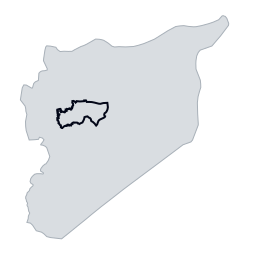 location of As-Salamiyeh, Hamah, Syria, rotated 357°
{"feature_id": "27442178B43082534172912", "entity_name": "As-Salamiyeh", "entity_type": "district", "adm_level": 2, "iso_a3": "SYR", "parent_name": "Syria", "parent_adm1": "Hamah", "projection": "equal_earth", "projection_center": [37.215, 35.173], "detail": "fine", "context": "in_parent", "style": "outline", "palette": "ink", "viewbox_px": 256, "rotation_deg": 357, "n_neighbors": 0, "source": "geoboundaries", "source_scale": "gbopen_adm2", "svg_char_len": 5750}
<svg xmlns="http://www.w3.org/2000/svg" viewBox="0 0 256 256"><g transform="rotate(357 128 128)"><path d="M26.2,79.5L28.7,79.8L33.8,83.1L34.7,83.0L36.2,78.6L37.8,77.1L41.0,75.8L41.9,68.6L43.4,67.2L45.2,66.5L47.9,66.4L50.3,65.9L50.5,64.7L47.1,56.4L47.4,54.3L49.1,46.0L50.1,42.8L51.1,41.7L54.9,42.2L60.2,43.6L61.6,46.0L64.2,48.1L68.1,48.0L72.6,48.4L76.1,48.5L78.9,47.0L85.2,44.2L88.3,43.3L91.2,42.1L100.3,37.5L104.0,37.9L106.5,38.5L108.4,39.2L112.8,42.3L116.3,45.5L118.8,46.4L123.3,46.3L129.8,46.9L137.8,46.9L142.5,46.0L148.4,44.5L159.0,40.7L172.8,33.0L180.9,29.2L184.5,28.8L189.1,28.7L193.7,29.7L198.9,30.4L201.3,30.4L206.9,29.6L214.2,28.0L218.8,26.7L224.3,24.6L227.7,21.1L228.8,20.8L230.2,21.4L230.9,21.6L232.4,23.6L234.0,28.7L234.0,29.3L233.7,30.8L230.2,35.0L225.4,40.7L221.9,44.4L216.1,50.5L211.7,51.8L204.2,54.0L202.2,56.1L200.4,59.6L199.4,64.3L199.1,67.3L199.0,72.8L200.9,78.5L202.7,84.0L202.9,87.7L202.8,91.3L201.3,95.2L199.6,100.4L198.6,106.4L198.3,117.6L198.4,127.2L198.3,128.7L195.3,135.5L191.8,143.4L190.1,145.2L182.1,147.6L173.5,153.4L163.8,159.9L155.0,165.8L145.7,172.0L136.1,178.4L129.2,183.0L120.0,189.2L111.6,195.1L103.0,201.1L96.5,205.6L86.6,212.8L80.9,217.1L72.3,223.3L64.8,228.8L55.9,235.2L44.7,233.3L41.2,232.2L38.3,229.1L36.2,227.5L31.0,225.8L27.6,220.0L25.6,217.9L22.1,217.0L23.6,213.3L23.9,210.8L25.4,207.8L24.5,205.9L24.0,201.7L23.4,200.7L23.1,199.6L23.7,198.3L23.5,196.9L22.9,196.3L22.6,194.3L22.1,192.7L22.4,190.9L23.2,189.7L24.0,187.3L24.9,186.6L26.4,185.2L26.8,183.6L28.2,182.2L29.9,180.9L30.3,180.0L30.1,179.4L28.3,178.3L27.4,176.4L28.2,173.6L28.8,172.7L29.9,171.3L32.3,169.3L34.2,168.9L35.8,168.9L38.5,169.1L40.7,169.5L41.2,168.9L41.1,168.2L38.5,166.5L38.4,165.2L39.0,163.8L40.9,161.5L43.1,159.8L44.2,159.5L46.8,156.1L48.4,152.4L45.8,143.3L44.2,141.8L41.7,140.6L40.1,140.4L40.0,139.8L42.1,137.5L43.5,135.4L41.9,133.5L39.1,132.6L38.0,134.6L34.4,134.8L28.7,134.8L26.2,125.2L25.9,121.0L26.0,116.2L27.7,109.2L26.9,105.9L26.9,103.7L26.4,100.7L22.0,94.3L24.5,82.4L26.2,79.5Z" fill="#d9dde1" stroke="#a8b0b8" stroke-width="1"/><path d="M93.2,100.2L90.3,99.9L88.1,99.8L87.4,98.2L85.7,98.2L85.7,98.9L81.4,99.0L78.1,98.5L77.9,99.2L77.1,99.8L77.0,99.5L76.9,99.2L76.7,99.2L76.3,99.1L75.6,98.4L75.4,98.4L74.9,98.1L73.9,98.2L73.9,98.4L74.1,98.4L74.0,99.0L73.8,99.3L73.7,99.4L73.9,100.3L74.2,100.7L74.4,100.9L74.4,101.7L74.4,102.6L73.9,102.9L73.7,103.5L73.6,103.8L73.7,104.0L73.4,104.9L73.0,104.4L72.4,105.5L72.1,105.7L72.1,106.6L71.8,106.6L71.7,106.3L71.7,106.0L71.6,105.9L71.2,105.9L70.9,105.6L70.7,105.7L70.4,105.6L70.2,105.9L70.1,106.0L69.8,106.0L69.7,105.8L69.7,105.7L69.5,105.8L69.4,105.8L69.0,105.9L68.9,105.9L69.0,105.9L68.9,105.9L68.9,106.0L68.5,106.0L68.4,106.1L68.2,105.9L67.9,105.7L67.5,106.0L67.4,106.2L66.7,106.2L66.7,106.3L66.9,106.9L66.9,107.0L67.0,107.3L67.0,107.5L67.4,107.8L67.0,108.0L66.6,108.0L66.5,107.9L66.4,107.9L66.1,107.8L65.9,108.0L65.9,108.3L66.0,108.3L66.0,108.7L65.9,108.9L65.8,109.0L65.6,109.0L65.4,108.9L65.2,109.0L64.6,108.7L64.4,108.6L63.9,108.3L63.8,108.2L63.7,108.2L63.4,108.1L63.3,108.4L63.2,108.4L62.6,108.5L62.6,108.3L61.8,108.4L61.7,108.0L61.9,108.0L61.9,107.9L62.0,107.8L62.1,107.7L62.2,107.4L62.0,106.7L61.9,106.7L61.7,105.9L61.4,106.0L61.3,105.9L61.2,105.8L61.2,105.4L60.6,105.4L59.8,105.6L60.0,105.7L60.0,105.9L60.0,106.0L59.4,106.1L58.5,106.2L58.5,106.4L58.4,106.6L58.5,106.9L58.3,106.9L58.3,107.0L58.2,107.1L58.3,107.5L58.3,107.9L58.3,108.0L58.4,108.7L58.6,108.7L58.5,108.8L58.4,109.0L58.3,109.3L58.4,109.6L58.7,109.7L58.8,109.8L58.8,110.1L58.9,110.5L58.9,110.8L59.3,110.7L59.5,110.7L59.5,110.9L60.0,110.8L60.3,110.8L60.3,111.0L59.4,111.2L59.2,111.2L58.8,111.3L58.9,111.5L58.7,111.7L58.5,111.9L58.6,112.1L58.6,112.4L58.6,112.5L58.8,112.6L59.0,112.5L59.4,112.6L59.3,112.9L59.3,113.1L59.2,113.1L59.2,113.4L59.2,113.5L59.0,113.8L59.1,114.0L59.2,114.5L58.8,114.5L58.4,114.4L57.9,114.4L57.9,114.5L57.9,115.2L58.1,115.1L58.2,115.4L58.3,115.4L58.3,115.5L58.3,115.8L58.1,115.8L58.0,116.0L57.9,116.1L58.0,116.3L57.9,116.3L58.0,116.3L58.0,116.5L58.3,116.5L58.5,116.9L58.6,117.0L58.8,117.3L58.9,117.5L59.0,117.5L58.8,117.6L58.8,117.8L59.0,118.0L59.0,118.3L59.1,118.5L58.9,118.6L59.0,118.6L58.9,118.6L58.9,118.8L59.0,119.0L59.1,119.3L59.1,119.7L59.0,119.8L59.2,120.0L59.3,120.1L59.5,120.2L59.5,120.3L60.0,120.9L60.1,121.3L60.6,121.9L60.8,121.9L61.0,121.9L61.0,122.0L61.2,122.6L61.0,123.8L61.5,124.2L61.8,124.5L62.4,124.6L62.9,124.1L63.9,123.3L64.6,122.8L64.9,122.7L65.3,122.6L65.6,122.7L66.2,122.3L66.3,122.3L66.5,122.3L66.8,122.3L66.9,122.7L67.1,122.7L67.6,122.2L67.7,121.8L67.7,121.7L67.8,121.7L68.0,121.5L68.7,121.7L69.0,121.6L69.4,121.8L69.4,122.0L69.5,122.5L70.3,122.2L70.6,122.3L71.2,122.5L71.3,122.2L71.3,121.9L71.4,121.5L72.0,121.4L71.8,121.2L71.8,120.9L71.9,120.7L72.0,120.6L72.6,120.5L72.6,120.4L72.9,120.0L73.0,119.9L73.4,119.8L73.5,119.8L74.4,119.9L74.5,119.7L74.7,119.8L75.1,119.9L75.5,119.8L76.0,119.9L76.3,119.9L77.1,119.9L77.2,120.0L77.3,120.0L77.9,120.1L78.0,120.2L78.0,120.3L78.1,120.5L78.2,120.8L78.4,120.8L78.8,120.8L79.6,121.5L80.9,120.8L82.8,120.1L84.3,117.5L84.8,116.2L85.1,114.9L86.4,114.5L86.5,114.5L86.9,114.5L87.0,114.5L87.5,114.3L88.2,114.3L88.4,114.5L88.6,114.8L89.2,115.3L89.7,115.7L90.1,115.9L90.7,116.2L91.2,117.0L91.3,117.1L91.5,117.9L91.5,118.6L91.8,119.3L93.0,119.9L93.7,120.6L94.4,121.3L94.9,121.8L96.0,123.5L96.3,123.9L96.6,123.6L97.4,122.8L97.7,122.1L97.9,121.5L98.8,119.5L99.6,118.6L100.2,118.2L102.6,117.2L103.2,117.0L104.7,116.3L105.1,116.1L105.3,115.9L105.5,115.7L105.7,115.4L105.8,115.1L105.5,114.9L105.1,114.4L104.9,113.5L105.1,112.8L105.4,112.1L105.8,111.8L106.4,111.5L106.7,111.2L107.3,110.6L108.2,109.0L108.5,108.3L109.0,106.2L108.7,101.8L104.6,101.8L101.7,102.4L100.1,102.2L95.9,100.9L93.2,100.2Z" fill="none" stroke="#020617" stroke-width="2"/></g></svg>